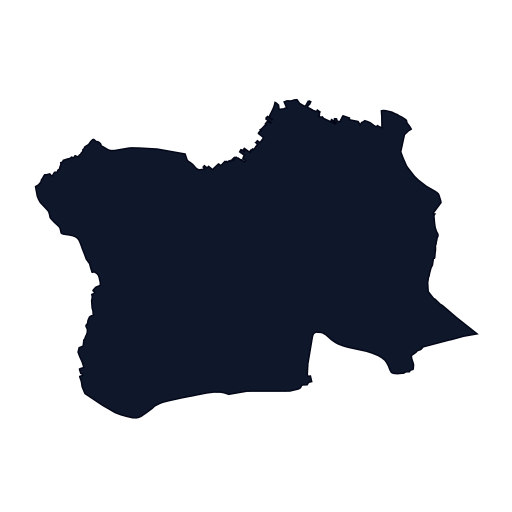 Bang Ban, Phra Nakhon Si Ayutthaya, Thailand, rotated 266°
{"feature_id": "78962969B93937525115566", "entity_name": "Bang Ban", "entity_type": "district", "adm_level": 2, "iso_a3": "THA", "parent_name": "Thailand", "parent_adm1": "Phra Nakhon Si Ayutthaya", "projection": "albers", "projection_center": [100.482, 14.383], "detail": "fine", "context": "isolated", "style": "filled", "palette": "ink", "viewbox_px": 512, "rotation_deg": 266, "n_neighbors": 0, "source": "geoboundaries", "source_scale": "gbopen_adm2", "svg_char_len": 6004}
<svg xmlns="http://www.w3.org/2000/svg" viewBox="0 0 512 512"><g transform="rotate(266 256 256)"><path d="M362.7,192.4L369.6,164.8L371.8,147.5L372.6,138.9L372.5,136.4L371.1,122.3L371.2,119.5L371.5,117.8L372.2,116.0L375.8,110.8L376.4,109.6L377.0,109.2L378.3,109.0L378.9,108.7L380.1,107.6L381.1,106.2L381.4,104.4L383.4,102.6L383.6,102.2L383.6,101.5L383.4,101.1L381.5,98.9L379.7,97.5L378.8,96.6L376.8,92.9L374.9,91.8L374.1,90.7L372.5,90.6L370.8,88.8L369.6,88.1L369.1,87.0L367.6,85.7L367.5,85.2L367.6,84.6L367.9,83.9L368.6,82.9L368.6,82.6L368.3,82.1L367.0,81.3L366.8,80.8L366.8,80.0L367.5,79.2L367.5,78.8L366.4,77.6L366.0,74.9L364.9,70.4L363.3,69.7L362.7,67.7L360.9,67.8L358.5,66.6L356.9,66.3L356.5,66.0L355.5,64.4L353.7,63.7L353.5,63.3L353.6,61.3L353.5,60.8L350.9,59.0L350.2,57.8L350.4,57.1L351.7,56.6L352.3,55.9L351.7,52.7L351.8,51.2L351.7,50.7L349.4,49.1L347.9,48.3L347.4,47.5L344.9,46.6L344.3,46.1L342.1,43.9L340.6,40.9L330.9,42.0L327.6,43.1L324.4,44.6L315.7,51.7L313.9,52.5L311.3,53.0L308.8,53.3L307.9,53.8L303.9,57.0L298.8,61.8L296.9,62.6L292.7,63.2L292.1,63.7L291.3,65.3L290.0,71.2L289.1,74.4L288.0,76.9L286.5,78.9L284.6,80.3L282.5,81.2L277.6,82.7L275.6,83.2L269.6,85.1L264.7,86.5L259.9,89.5L256.5,90.1L251.3,91.3L251.1,91.7L251.4,93.1L251.3,93.8L249.5,96.2L247.7,97.4L246.2,97.9L240.7,98.8L238.1,98.7L237.6,98.4L237.2,97.6L236.2,94.3L235.5,93.4L233.1,91.0L232.7,91.0L231.4,92.5L230.8,92.6L229.7,91.2L229.1,89.5L226.3,89.8L222.9,88.9L216.2,88.9L214.8,89.0L213.1,89.5L210.1,89.5L208.3,89.8L207.8,87.5L206.9,85.8L206.0,85.2L203.4,83.9L200.6,83.3L198.8,81.7L198.3,81.5L197.2,81.6L196.4,82.1L194.6,82.6L193.4,82.6L191.3,82.3L189.2,81.4L187.6,80.4L185.2,79.4L184.2,78.4L178.8,77.4L178.2,77.0L177.9,76.4L176.9,73.2L172.6,71.8L168.4,73.0L162.4,75.2L156.9,76.5L156.7,76.2L155.9,72.6L155.6,72.1L155.2,72.0L151.1,73.0L150.4,74.4L150.1,74.6L149.0,74.8L148.2,71.8L147.9,71.7L144.4,72.7L142.3,73.1L138.1,73.4L136.6,73.8L130.7,75.8L117.7,92.6L109.6,104.6L107.1,110.0L104.9,116.1L103.2,121.8L102.9,125.5L103.2,127.7L104.1,130.2L107.5,136.0L111.4,142.0L112.7,143.5L113.6,144.8L115.6,149.6L116.6,152.8L117.5,157.6L119.5,170.7L122.8,197.2L123.2,204.4L122.7,211.0L121.8,214.6L119.9,219.2L121.8,237.6L118.9,280.2L120.4,289.1L121.4,291.1L124.1,292.8L124.0,298.1L125.7,299.2L126.4,300.2L126.8,302.8L132.5,301.9L132.2,299.6L134.2,298.9L144.8,300.2L171.3,306.6L173.6,307.4L174.8,308.3L175.9,310.4L175.2,315.6L174.5,317.4L172.4,320.4L166.9,325.8L164.2,329.2L162.5,331.9L160.6,336.0L159.2,339.5L157.9,343.6L153.3,359.5L151.1,365.0L148.2,370.9L145.8,374.4L143.0,377.4L140.9,378.7L138.6,379.8L137.0,380.5L133.3,381.6L130.7,382.8L129.9,383.7L129.3,385.2L128.7,388.8L128.8,392.1L128.8,394.8L129.0,395.6L129.9,397.3L130.0,398.0L129.8,400.9L131.3,402.0L131.9,404.7L132.5,405.0L136.3,405.6L138.3,405.3L142.6,404.2L145.3,404.0L146.0,404.3L148.6,408.6L150.2,410.3L151.1,413.3L151.5,414.2L153.7,416.4L158.7,442.8L159.0,445.2L161.5,457.6L162.9,471.1L180.4,451.9L193.6,438.5L195.1,436.3L200.5,431.5L201.2,430.2L208.5,425.3L217.4,425.4L222.8,426.6L223.8,427.2L226.9,428.0L231.8,429.7L234.7,431.4L241.1,432.8L241.3,432.9L241.3,433.8L241.5,434.0L243.1,434.4L246.2,434.8L249.4,435.5L254.5,435.8L255.1,436.4L257.4,436.8L259.1,437.4L261.7,438.0L262.6,438.7L263.8,439.0L265.1,439.0L268.0,437.7L272.0,436.7L276.6,436.4L283.3,436.3L284.3,436.5L285.4,437.4L285.7,435.9L286.1,435.5L296.4,444.3L298.3,444.1L303.3,442.9L304.4,442.6L305.3,442.2L306.7,440.8L307.7,439.6L313.7,430.7L320.4,423.2L324.3,419.7L325.6,418.8L333.5,413.5L335.7,412.3L343.6,409.5L349.3,407.8L350.0,407.7L366.5,412.5L367.0,412.9L370.3,416.9L371.7,419.7L372.3,419.5L375.4,417.8L377.7,416.2L378.7,415.8L380.5,415.6L381.1,415.3L381.9,414.5L384.5,411.0L386.0,408.3L387.2,406.9L388.0,405.1L390.1,401.5L392.0,395.2L392.3,392.8L392.1,391.2L386.6,391.2L375.1,390.6L376.1,388.5L377.6,386.2L376.7,385.4L376.8,384.3L378.4,382.2L380.8,379.5L382.3,376.7L383.4,373.9L382.4,372.4L381.8,370.7L379.5,369.0L383.0,367.3L383.5,365.7L385.4,358.6L387.1,358.9L389.8,352.6L388.0,351.5L388.1,351.4L386.0,350.3L386.1,350.2L385.8,350.0L384.2,349.3L384.6,346.9L385.5,346.2L387.2,345.9L387.5,343.9L385.8,343.6L385.6,343.8L385.0,343.4L386.8,340.9L386.0,340.4L383.3,345.2L382.1,344.5L388.4,333.3L388.7,332.9L390.2,331.9L390.2,331.6L389.7,330.6L390.8,329.0L391.0,328.2L392.3,329.2L393.0,328.7L393.5,329.2L394.2,328.5L395.2,329.9L397.3,327.4L395.8,326.5L397.7,322.1L398.0,322.2L399.5,319.9L400.7,317.7L402.4,318.5L403.3,319.6L403.7,319.8L403.7,320.1L406.0,321.4L406.9,320.0L406.4,319.6L406.7,318.8L403.2,316.6L401.8,315.2L405.2,310.1L409.1,307.8L409.0,304.9L408.2,301.9L408.6,298.3L408.5,297.1L407.7,294.8L404.5,296.0L401.5,296.9L401.4,295.1L400.8,294.0L400.8,291.1L400.4,290.5L400.8,289.3L405.0,289.0L407.1,287.0L407.9,285.7L404.4,284.6L401.3,283.1L393.8,278.7L391.2,281.9L390.7,281.4L394.4,277.2L393.3,276.0L393.1,276.4L392.0,275.5L388.0,280.4L387.4,279.9L389.2,277.9L388.8,277.5L389.4,276.6L387.4,274.7L386.7,275.4L386.1,274.4L385.8,274.8L384.9,273.1L382.6,270.7L381.6,269.0L380.6,270.1L380.1,269.7L380.4,269.2L380.0,268.4L378.3,266.9L378.0,267.0L373.5,271.9L368.8,267.9L370.9,265.4L369.5,264.1L369.2,263.6L367.5,265.4L363.6,262.3L362.3,260.8L363.0,260.0L361.7,258.8L362.1,258.4L361.1,257.5L360.4,258.1L359.6,257.3L364.2,251.9L363.3,251.1L362.1,252.6L360.9,251.6L362.8,249.3L362.4,249.0L363.0,248.3L361.0,247.0L357.3,251.4L356.7,251.0L355.9,250.5L355.7,250.7L354.9,250.0L354.0,249.7L351.9,252.2L350.6,251.1L353.0,248.3L352.6,247.8L355.0,244.9L354.9,244.2L355.9,243.1L355.4,242.5L355.9,241.8L355.1,241.1L355.4,240.7L354.5,239.7L353.7,240.7L352.9,240.1L353.8,239.0L352.7,238.0L353.1,237.7L352.1,236.9L352.8,236.2L352.1,235.4L352.5,235.0L351.6,233.9L352.5,232.8L351.8,232.0L352.4,231.4L348.6,227.3L350.4,225.2L349.8,224.6L350.0,224.4L346.5,220.1L345.4,219.0L345.3,218.6L348.7,215.0L347.3,213.3L349.7,210.8L348.4,209.5L346.3,211.0L345.9,205.3L346.1,204.7L347.3,202.8L347.9,202.2L351.7,199.3L354.3,196.4L354.7,195.5L355.6,194.7L356.8,193.9L362.7,192.4Z" fill="#0f172a" stroke="#020617" stroke-width="1.5"/></g></svg>